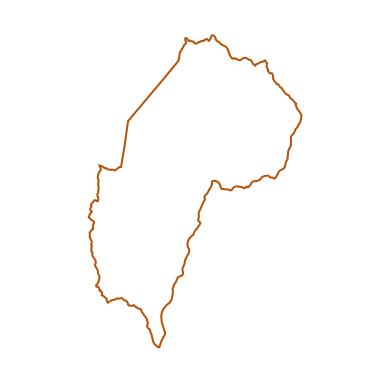 outline of Francisco Sá, Minas Gerais, Brazil, rotated 7°
{"feature_id": "56859067B59218349000893", "entity_name": "Francisco Sá", "entity_type": "district", "adm_level": 2, "iso_a3": "BRA", "parent_name": "Brazil", "parent_adm1": "Minas Gerais", "projection": "equal_earth", "projection_center": [-43.461, -16.444], "detail": "fine", "context": "isolated", "style": "outline", "palette": "amber", "viewbox_px": 384, "rotation_deg": 7, "n_neighbors": 0, "source": "geoboundaries", "source_scale": "gbopen_adm2", "svg_char_len": 5970}
<svg xmlns="http://www.w3.org/2000/svg" viewBox="0 0 384 384"><g transform="rotate(7 192 192)"><path d="M97.0,176.9L98.8,180.5L98.4,182.0L97.5,183.2L97.2,184.6L96.8,186.0L96.6,188.1L96.8,189.7L97.4,191.1L98.1,192.3L97.8,194.1L98.0,196.2L98.5,197.7L99.0,200.8L98.6,202.3L99.0,203.5L98.9,204.8L98.3,206.0L98.6,207.7L99.6,208.8L100.0,210.5L99.7,212.4L98.5,212.7L97.8,212.0L96.8,212.0L95.8,212.3L95.4,213.4L94.7,214.7L94.0,215.5L93.2,217.0L93.9,218.6L93.1,220.7L93.2,222.2L94.0,223.0L94.9,223.5L94.3,225.0L93.3,226.2L93.0,227.7L92.6,230.0L94.4,230.9L95.5,232.1L96.9,232.5L98.2,233.3L98.6,234.5L98.0,235.7L97.9,237.0L97.9,238.6L98.4,239.7L98.3,241.0L97.3,241.3L96.3,243.4L95.4,244.9L95.8,246.8L95.9,249.1L98.5,253.4L98.7,255.0L98.5,257.0L99.4,258.1L98.9,259.1L99.1,260.5L99.3,261.7L99.1,262.9L99.9,263.6L100.7,264.3L100.7,265.9L100.9,267.5L103.2,270.0L103.9,271.0L104.7,272.3L105.2,273.8L104.6,276.5L105.3,277.6L106.2,278.9L107.1,279.8L108.0,281.4L108.3,282.5L108.6,283.9L109.3,285.3L110.2,286.5L110.6,288.4L110.4,290.2L110.3,292.0L109.6,293.7L109.2,295.2L108.1,296.1L108.7,297.6L110.2,297.4L111.1,298.1L111.8,299.5L112.3,301.2L113.3,300.8L114.0,302.0L115.0,302.9L115.1,304.1L115.0,305.4L116.5,305.9L117.6,306.5L119.0,307.5L120.2,308.4L120.6,310.0L121.2,311.3L122.1,312.1L123.0,310.9L124.3,310.3L125.4,309.2L128.3,308.3L129.3,307.7L130.3,306.7L131.8,307.0L134.7,305.9L136.2,306.1L137.2,307.5L139.4,307.9L140.7,308.6L141.7,309.8L142.2,311.4L143.0,312.3L144.5,312.2L145.9,312.5L148.2,311.4L149.2,312.3L150.3,312.9L151.5,313.5L153.0,314.3L154.6,314.2L155.8,315.1L156.4,316.5L157.2,317.7L158.3,318.7L160.4,321.2L161.6,322.0L162.4,323.3L163.1,324.7L163.8,326.6L164.3,328.3L163.6,330.4L164.3,331.8L165.0,332.5L166.4,333.2L167.0,334.1L167.6,335.7L168.5,337.2L169.5,338.9L169.9,340.6L170.6,342.1L171.3,344.4L172.2,346.1L173.4,347.6L174.8,348.6L176.1,349.2L177.0,350.0L178.6,350.0L179.0,347.6L179.3,345.9L179.6,344.4L180.1,342.8L180.6,341.4L181.5,338.9L182.1,337.9L182.6,336.0L182.2,334.4L181.7,333.2L181.2,332.0L180.5,330.7L179.3,328.1L178.6,326.5L177.6,324.1L177.2,322.2L176.9,320.3L176.6,319.1L176.6,317.6L176.7,316.0L177.1,313.8L177.8,311.9L178.3,310.6L179.3,309.5L180.1,307.9L181.0,306.8L182.8,305.1L183.9,303.5L184.6,301.9L185.0,300.0L185.3,294.7L185.2,293.1L184.9,291.8L184.5,289.9L185.2,288.4L185.8,285.2L186.8,283.7L187.4,281.8L188.2,279.0L188.9,278.0L189.8,277.4L191.0,276.9L192.2,276.0L193.0,274.9L193.0,273.3L192.4,271.6L191.9,269.9L192.0,268.6L192.6,266.9L193.1,265.2L193.4,263.7L193.4,260.6L193.8,259.2L194.4,257.9L195.3,255.1L196.2,253.3L196.4,251.5L196.3,249.8L195.6,248.3L194.4,246.7L193.9,245.2L193.9,243.5L194.0,241.8L194.2,240.6L194.7,239.3L195.2,238.1L196.9,235.8L197.9,235.0L198.6,234.1L198.9,232.3L199.5,230.6L200.3,229.2L201.6,227.3L202.1,226.1L203.7,223.2L204.1,222.1L203.4,220.9L202.0,220.1L201.4,218.7L201.8,217.3L201.8,215.9L201.6,214.3L201.2,212.6L201.3,211.1L202.4,208.1L202.8,206.3L203.3,204.9L204.2,201.9L204.7,200.4L205.5,198.9L205.7,197.4L204.9,195.8L205.3,194.1L206.1,193.0L207.1,191.8L207.7,190.6L208.3,189.0L208.8,187.3L209.5,186.3L210.6,183.5L210.9,181.6L210.5,179.4L211.5,178.4L212.7,178.2L214.2,178.1L215.2,178.4L216.3,178.9L217.4,179.6L218.2,180.4L218.9,181.5L219.6,183.2L220.5,184.8L221.3,185.5L222.3,185.2L223.5,185.1L224.7,185.3L227.4,185.1L228.7,185.4L230.0,185.8L231.2,185.2L232.1,183.3L232.9,182.4L233.6,181.7L234.5,181.2L235.7,180.8L237.9,181.1L239.2,180.9L240.9,181.0L242.6,181.8L243.8,181.9L245.6,179.9L247.0,180.5L248.2,179.1L249.3,177.4L250.0,175.6L250.9,174.4L251.9,173.8L254.9,173.3L255.8,172.8L256.6,172.2L257.6,171.9L258.6,170.5L259.3,169.0L260.3,168.3L261.2,167.7L262.4,167.2L263.7,166.9L264.7,166.5L265.8,166.6L267.9,168.0L269.1,167.9L270.5,168.0L272.0,168.7L273.3,167.4L274.0,165.8L274.6,164.3L275.3,162.3L276.3,160.5L277.4,159.4L278.3,158.9L279.5,158.2L280.5,157.0L281.1,155.8L281.2,153.8L281.5,152.6L281.5,151.2L281.9,149.8L282.6,148.6L282.9,147.2L282.6,146.0L282.6,144.7L282.9,143.4L282.5,141.7L282.5,139.7L283.3,137.1L284.0,135.4L284.6,133.6L284.2,131.4L284.1,129.4L283.8,127.7L283.5,126.1L283.7,124.8L284.2,123.6L285.6,121.7L286.2,120.4L286.7,118.8L287.1,117.0L288.0,115.9L288.6,115.0L289.4,112.6L290.0,111.5L290.8,109.7L291.1,107.6L291.4,105.6L291.3,104.0L291.3,102.3L290.4,101.3L289.8,100.3L288.7,99.1L287.9,98.2L286.9,97.3L285.9,95.9L284.3,93.1L284.7,91.7L283.8,91.2L281.6,89.1L279.5,87.5L278.2,86.9L277.5,85.9L276.7,84.8L275.6,84.0L274.3,83.7L273.3,83.2L272.4,82.5L271.5,81.6L270.7,80.6L269.4,79.4L268.4,78.0L267.4,77.6L266.6,77.2L265.9,76.0L264.0,74.4L262.7,74.4L261.7,72.9L260.5,72.1L259.6,71.1L258.9,70.2L258.5,68.6L258.3,66.8L257.6,65.3L256.6,64.3L255.2,64.8L254.0,64.0L252.8,63.0L252.7,61.3L251.7,60.2L250.9,58.4L250.7,56.8L250.8,55.0L249.8,54.0L249.1,53.3L248.4,52.5L246.4,54.0L243.8,54.9L242.8,55.9L241.8,56.7L240.3,57.2L239.2,58.9L238.0,57.9L236.7,57.2L235.6,55.3L234.4,54.0L232.5,53.8L231.1,53.1L230.1,52.7L229.1,52.4L227.9,52.4L226.7,52.9L225.2,54.0L224.3,54.9L223.1,55.5L221.8,55.3L220.5,54.6L218.6,54.5L217.4,54.0L216.3,54.8L215.1,54.3L212.9,51.7L211.7,49.3L210.2,46.1L209.5,45.1L208.5,44.4L207.7,43.5L206.2,43.1L205.0,42.5L203.8,42.4L202.6,41.5L201.1,40.5L200.4,39.7L199.2,39.5L197.8,38.6L196.9,37.5L196.6,36.2L195.5,34.9L194.2,34.0L192.7,34.1L192.0,35.5L191.8,37.1L191.2,38.9L190.0,39.9L189.2,38.9L188.2,38.3L186.6,38.9L186.1,40.0L185.2,40.0L184.6,40.9L183.4,40.9L182.4,41.3L181.6,42.0L180.6,42.1L179.5,43.5L177.9,44.3L176.3,43.8L175.0,42.5L173.8,42.5L172.8,42.6L171.7,41.9L170.4,42.5L169.2,41.3L168.1,40.0L166.7,40.1L166.6,41.8L167.8,43.8L167.7,45.4L166.4,46.9L165.9,48.6L165.2,50.2L164.3,51.7L164.2,53.1L163.2,54.3L162.8,56.5L162.8,58.3L162.9,59.5L163.0,60.9L162.4,61.9L162.7,63.2L150.7,82.1L132.3,110.4L119.9,129.4L119.4,156.0L118.5,175.9L117.1,176.1L116.2,176.8L115.2,177.7L114.0,179.0L112.8,180.0L111.3,179.7L110.2,179.4L109.0,180.0L108.1,179.7L106.8,179.9L105.4,179.8L103.9,178.7L102.3,179.0L100.7,177.9L99.3,177.4L98.2,177.0L97.0,176.9Z" fill="none" stroke="#b45309" stroke-width="2"/></g></svg>